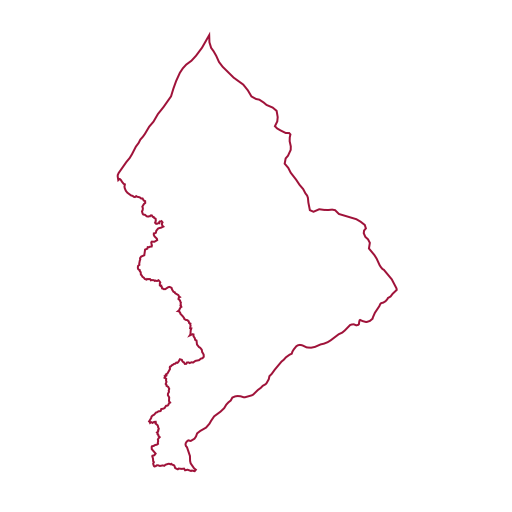 the district of Sing, Louang Namtha, Laos, rotated 183°
{"feature_id": "54806243B57426312908571", "entity_name": "Sing", "entity_type": "district", "adm_level": 2, "iso_a3": "LAO", "parent_name": "Laos", "parent_adm1": "Louang Namtha", "projection": "robinson", "projection_center": [101.175, 21.271], "detail": "fine", "context": "isolated", "style": "outline", "palette": "rose", "viewbox_px": 512, "rotation_deg": 183, "n_neighbors": 0, "source": "geoboundaries", "source_scale": "gbopen_adm2", "svg_char_len": 6060}
<svg xmlns="http://www.w3.org/2000/svg" viewBox="0 0 512 512"><g transform="rotate(183 256 256)"><path d="M314.3,474.1L320.8,461.2L326.4,452.8L330.7,447.6L335.7,443.5L338.9,439.6L341.6,435.0L344.9,426.6L347.2,419.0L349.2,411.0L356.1,400.0L361.4,392.6L365.4,384.8L369.4,379.6L373.4,372.0L375.2,369.2L377.6,366.2L379.1,362.8L381.7,358.9L385.2,351.1L387.3,347.2L390.3,343.2L397.5,331.7L398.3,329.6L398.3,328.3L397.5,324.6L396.4,325.8L396.1,325.8L394.7,324.6L393.9,323.3L391.9,321.1L390.7,320.7L391.0,318.3L390.6,316.8L389.4,314.3L387.8,312.5L383.9,309.9L382.4,309.6L381.1,308.7L380.0,308.5L378.8,309.5L378.0,309.0L375.2,308.5L373.7,307.4L372.3,307.5L371.0,305.5L369.6,305.0L369.4,303.2L370.7,302.0L372.1,299.3L371.5,297.9L371.6,295.9L372.2,294.6L371.4,292.3L370.7,291.5L369.0,291.3L367.2,289.9L365.7,289.7L364.8,290.1L364.0,290.1L363.3,291.0L362.2,291.1L361.2,289.7L360.2,289.6L359.7,288.7L358.2,288.0L357.9,286.3L358.2,285.4L358.0,284.8L358.5,283.9L357.4,282.9L356.5,283.0L355.0,283.8L354.4,283.7L354.3,285.1L353.9,285.5L352.8,285.5L352.2,285.9L351.1,284.7L351.8,283.1L351.0,281.3L350.1,280.5L352.5,279.2L353.6,279.0L355.2,278.3L356.9,276.0L357.2,274.0L358.2,273.4L359.2,273.2L359.2,271.8L358.4,270.3L355.9,268.1L355.5,266.7L358.2,264.9L360.8,264.9L361.3,264.2L361.0,262.5L360.5,261.3L360.7,260.0L362.5,259.7L363.2,259.2L364.6,259.2L364.9,257.6L367.1,256.6L367.6,250.9L370.7,249.4L371.7,247.7L371.4,246.5L371.8,245.3L372.2,242.3L372.0,241.0L373.2,240.0L373.4,238.7L373.2,237.1L372.2,236.1L371.3,235.8L371.2,234.7L370.3,233.8L370.0,231.4L369.2,230.8L368.3,229.3L366.9,228.5L365.9,227.3L364.2,226.7L363.6,227.4L362.7,227.1L362.0,227.4L360.6,227.4L359.7,226.2L359.1,226.5L356.8,226.5L355.8,225.8L355.1,226.2L354.8,226.0L353.4,225.9L352.1,226.7L350.8,225.4L350.2,224.5L350.6,223.5L350.5,221.7L349.2,221.5L349.4,220.8L348.5,220.3L348.1,218.8L347.6,218.8L346.6,218.1L344.8,218.2L342.1,220.2L340.9,220.6L340.4,220.5L338.7,219.8L338.0,218.0L336.5,215.9L335.2,215.5L334.8,214.6L331.5,212.9L330.8,211.6L329.9,211.0L330.9,210.4L331.2,209.0L329.5,207.6L329.3,206.5L328.6,205.7L328.8,204.0L328.4,203.0L328.8,202.5L327.9,201.3L328.6,200.8L329.6,198.8L329.7,198.1L330.9,196.9L330.5,196.9L328.8,195.6L328.6,194.5L325.8,191.8L324.6,190.3L324.4,189.5L323.0,188.6L321.0,188.3L320.7,187.8L319.8,187.3L319.3,185.6L318.0,185.1L318.2,184.5L317.7,183.2L318.0,180.4L316.8,180.3L317.3,178.4L317.4,174.3L318.0,173.2L315.3,174.6L314.3,174.4L314.2,172.6L312.8,170.7L312.4,169.1L311.0,168.5L310.3,164.5L308.1,162.0L307.0,161.5L305.3,159.6L304.6,156.9L304.0,156.3L303.1,154.7L302.9,152.6L304.1,151.1L305.7,150.6L307.4,149.0L311.0,148.1L313.3,146.3L314.8,146.5L316.7,145.6L317.7,146.2L319.4,146.0L320.0,144.7L321.4,144.5L322.5,146.1L323.1,146.2L324.2,147.3L324.6,148.4L326.6,148.9L327.8,146.5L328.8,145.2L330.0,145.4L330.9,144.3L332.3,143.9L333.7,142.7L334.4,142.5L335.1,141.4L336.1,141.0L336.3,140.4L336.0,138.6L338.3,134.0L339.8,133.0L339.2,131.9L339.9,131.4L340.8,131.3L340.6,130.4L341.0,129.6L339.3,128.8L339.3,126.7L338.8,125.6L339.5,123.5L338.7,122.7L338.6,121.7L336.8,120.7L335.7,118.8L336.1,117.0L335.8,115.8L336.7,113.9L336.7,112.4L335.3,110.3L335.3,106.6L334.1,105.1L335.3,104.3L335.6,103.0L336.4,102.0L338.0,101.7L339.4,99.3L340.8,98.6L342.6,98.2L343.0,96.4L343.7,96.0L345.3,95.8L346.5,94.8L347.7,94.4L349.4,92.2L351.0,91.2L351.9,90.2L352.2,88.7L354.1,85.2L353.3,84.7L353.0,83.8L352.0,84.6L351.3,84.4L350.7,83.9L349.0,85.0L347.5,85.2L347.3,84.3L347.6,83.5L345.6,82.0L344.9,80.8L344.8,79.9L344.0,78.3L344.7,76.9L344.4,76.5L344.6,75.5L345.7,74.6L344.9,73.7L345.0,72.9L344.2,72.3L344.1,71.4L342.7,70.1L343.9,68.7L344.4,67.5L344.0,66.1L344.3,64.6L344.0,63.3L345.3,62.3L346.1,62.2L347.6,61.6L348.1,61.0L349.9,60.6L350.2,59.9L350.0,57.7L345.9,53.4L347.1,51.7L349.0,51.1L349.1,50.6L348.3,48.4L347.9,45.6L347.2,44.8L347.8,43.5L347.7,42.8L347.0,41.0L346.4,40.5L345.1,40.9L344.3,41.7L343.0,41.9L341.0,41.3L338.1,42.0L336.6,41.7L335.5,42.8L332.6,43.9L331.5,43.9L330.4,43.5L329.7,44.0L328.7,43.2L327.1,42.8L326.5,42.2L325.6,40.0L323.1,38.9L322.7,39.0L322.1,39.7L319.0,39.5L316.7,39.9L315.6,38.3L313.2,39.0L309.6,37.9L308.8,38.4L306.0,37.9L304.9,39.4L306.7,40.7L310.4,45.5L311.1,47.9L311.5,52.8L314.9,61.4L316.0,62.5L316.5,63.9L316.4,65.3L315.5,67.0L314.2,68.2L313.5,68.4L313.1,68.1L311.5,67.9L307.9,70.3L306.5,72.6L305.5,75.8L302.5,78.4L296.9,82.0L293.7,86.1L292.2,89.1L289.4,93.7L283.3,98.7L279.8,102.4L277.9,106.0L275.8,108.5L273.7,110.3L272.2,113.4L269.5,114.7L267.1,115.2L264.0,115.1L261.0,114.3L259.8,114.3L253.0,116.6L251.6,117.4L247.1,122.3L244.3,124.6L242.5,126.7L239.8,128.4L238.9,129.4L236.8,133.6L236.3,136.7L234.2,139.0L231.3,143.5L225.0,151.9L222.9,153.8L220.8,156.4L217.3,159.2L215.2,160.3L214.6,162.5L213.4,164.7L211.0,168.0L209.5,169.0L207.8,169.5L206.1,169.4L204.8,169.1L200.7,167.4L198.6,167.3L196.2,167.3L192.4,168.3L186.8,171.1L183.6,172.0L179.9,173.7L177.0,175.7L169.3,182.2L165.9,184.0L163.5,186.2L158.4,192.0L156.8,192.6L154.8,192.9L152.2,192.0L150.3,192.6L149.7,193.2L149.4,196.3L149.1,197.3L148.7,197.6L146.2,196.6L143.0,195.9L142.0,195.9L138.9,197.1L136.3,199.5L136.1,200.7L134.3,205.5L130.2,212.4L129.4,214.5L128.5,215.5L126.5,216.1L124.3,217.6L122.6,219.7L122.1,220.9L119.5,222.6L117.6,225.4L113.7,229.5L114.0,231.0L119.2,239.8L127.6,248.9L129.0,249.6L130.6,251.3L132.0,253.2L135.4,259.7L137.8,263.1L143.6,269.4L143.0,275.1L145.0,278.5L147.8,280.8L149.6,284.4L149.4,287.1L147.7,289.3L149.0,292.7L153.3,295.7L157.7,298.0L175.4,302.3L179.4,305.9L182.4,306.3L186.3,305.7L190.4,305.6L195.3,306.0L200.9,303.2L204.6,304.6L206.5,312.1L207.2,316.8L208.1,319.0L209.9,321.1L212.4,325.3L216.2,329.3L220.0,334.4L225.7,341.0L228.4,345.7L232.2,349.7L231.5,355.0L229.3,357.8L226.9,363.8L227.0,367.3L228.4,372.4L228.5,376.2L228.0,379.2L229.3,380.5L232.8,380.4L238.1,382.7L241.6,384.5L243.9,386.6L241.8,391.5L241.6,395.8L243.0,402.0L247.1,405.1L253.4,407.4L256.4,409.7L260.9,412.3L264.2,412.8L268.9,415.1L272.8,421.0L277.7,426.5L287.6,432.9L299.2,443.2L303.1,447.8L306.2,453.8L309.1,458.3L311.7,461.5L313.7,467.0L314.3,474.1Z" fill="none" stroke="#9f1239" stroke-width="2"/></g></svg>